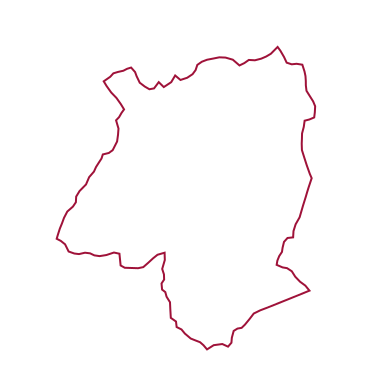 Santa Bárbara d'Oeste, São Paulo, Brazil (Albers equal-area conic projection), rotated 7°
{"feature_id": "56859067B87945303247777", "entity_name": "Santa Bárbara d'Oeste", "entity_type": "district", "adm_level": 2, "iso_a3": "BRA", "parent_name": "Brazil", "parent_adm1": "São Paulo", "projection": "albers", "projection_center": [-47.432, -22.803], "detail": "fine", "context": "isolated", "style": "outline", "palette": "rose", "viewbox_px": 384, "rotation_deg": 7, "n_neighbors": 0, "source": "geoboundaries", "source_scale": "gbopen_adm2", "svg_char_len": 2146}
<svg xmlns="http://www.w3.org/2000/svg" viewBox="0 0 384 384"><g transform="rotate(7 192 192)"><path d="M259.3,37.6L253.4,45.2L249.1,48.5L244.5,51.2L238.4,53.6L232.3,54.0L228.2,57.7L223.7,60.6L216.4,55.7L208.9,54.5L202.7,55.0L197.3,56.8L190.8,58.9L185.9,61.5L181.8,65.2L180.7,70.6L178.2,75.0L173.3,79.2L166.9,82.2L161.1,78.4L158.0,85.5L151.2,91.3L145.6,87.0L141.7,93.8L137.2,95.2L132.3,93.1L126.8,89.9L122.9,83.8L120.9,79.9L116.4,75.9L112.6,77.6L109.1,80.0L103.8,81.9L99.5,83.8L96.8,87.6L90.9,92.9L94.2,97.1L99.7,103.1L105.6,107.9L110.7,113.5L114.5,118.3L112.4,122.1L110.5,126.6L107.9,130.1L111.3,138.0L111.6,144.2L111.5,151.0L108.2,160.1L104.7,163.4L98.9,165.6L98.1,169.8L95.7,174.7L93.7,178.9L92.2,183.7L88.1,189.8L85.9,197.4L80.3,204.7L77.6,210.7L78.0,216.3L75.6,221.0L70.6,226.6L68.1,233.3L66.8,238.9L65.3,244.4L64.1,250.7L63.4,254.9L67.7,256.5L72.4,259.4L76.8,266.1L82.7,267.4L87.4,267.4L93.2,265.3L98.3,265.3L102.8,266.8L108.1,266.9L114.7,265.0L121.9,261.6L127.5,262.1L130.1,273.6L134.5,275.4L147.8,274.2L152.8,272.5L157.0,267.8L161.5,262.5L165.4,258.5L172.2,255.6L173.3,262.8L171.8,272.0L174.2,277.2L175.0,282.3L172.9,286.5L174.2,292.5L177.7,294.6L179.5,299.0L183.6,304.1L184.7,310.7L186.3,319.5L191.9,322.5L193.2,327.9L198.3,329.7L202.2,333.4L208.6,337.6L213.5,338.9L218.3,340.1L222.1,342.7L226.1,346.4L232.2,341.4L240.6,339.2L246.6,341.1L249.5,336.8L249.3,331.8L250.3,324.8L253.8,322.0L257.8,320.8L260.7,317.2L264.7,310.9L268.1,305.1L274.2,301.1L279.9,298.1L300.1,287.0L320.6,275.6L315.9,271.1L310.2,267.9L304.8,263.5L300.7,258.5L295.6,256.0L291.1,255.8L284.9,254.0L285.1,249.7L286.4,244.9L288.6,240.5L288.7,236.3L289.4,230.3L292.4,226.0L297.9,224.7L297.5,218.4L298.8,211.4L301.9,204.0L303.8,192.3L304.6,187.9L305.5,183.0L306.3,178.1L307.2,173.1L309.1,163.7L306.7,159.6L304.8,155.8L302.6,151.4L299.5,144.7L296.0,137.0L295.0,130.6L294.6,125.6L294.1,120.5L295.0,113.8L295.1,107.5L299.7,105.7L304.2,103.1L304.2,98.0L303.8,91.9L301.2,87.3L295.9,80.8L293.3,77.6L292.0,72.3L291.4,67.8L290.5,63.1L289.0,58.7L286.0,52.2L280.2,52.0L275.4,53.1L270.2,52.1L266.9,46.8L262.5,41.0L259.3,37.6Z" fill="none" stroke="#9f1239" stroke-width="2"/></g></svg>